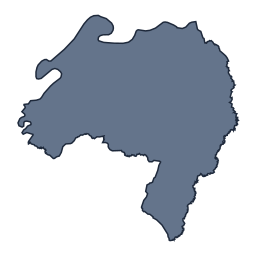 Warin Chamrap, Ubon Ratchathani, Thailand (Robinson projection)
{"feature_id": "78962969B43112408779315", "entity_name": "Warin Chamrap", "entity_type": "district", "adm_level": 2, "iso_a3": "THA", "parent_name": "Thailand", "parent_adm1": "Ubon Ratchathani", "projection": "robinson", "projection_center": [104.887, 15.092], "detail": "fine", "context": "isolated", "style": "filled", "palette": "slate", "viewbox_px": 256, "rotation_deg": 0, "n_neighbors": 0, "source": "geoboundaries", "source_scale": "gbopen_adm2", "svg_char_len": 5880}
<svg xmlns="http://www.w3.org/2000/svg" viewBox="0 0 256 256"><path d="M216.4,167.3L217.1,166.0L216.6,165.2L217.7,163.8L217.4,163.0L217.9,162.4L217.3,161.6L218.3,160.9L217.7,158.9L216.4,158.7L216.7,157.6L215.8,157.5L215.7,158.7L215.0,158.0L215.6,156.4L215.5,155.0L216.3,154.7L216.9,152.5L218.0,151.5L217.8,150.9L218.6,150.1L218.9,150.5L220.0,148.7L220.3,145.6L221.0,145.6L221.0,144.6L223.2,144.1L223.0,142.3L223.9,143.2L224.5,142.9L224.9,141.0L223.9,140.6L224.3,138.8L224.9,138.5L224.7,138.0L224.0,138.1L223.9,136.3L224.7,135.7L225.3,136.3L226.0,135.4L227.2,135.3L227.2,134.5L228.0,133.3L228.8,133.4L229.1,131.9L229.6,132.1L230.2,131.7L230.1,130.9L230.7,130.5L230.6,129.9L231.7,129.6L232.8,130.1L233.2,129.7L233.5,130.4L233.7,129.4L234.1,129.3L234.9,129.9L235.1,128.4L234.0,128.3L234.7,125.6L236.7,125.4L236.5,124.2L237.5,124.2L237.3,123.1L236.3,122.5L236.3,121.8L238.0,120.6L235.8,120.1L236.0,119.6L236.4,119.8L237.1,119.2L237.6,119.7L237.9,119.2L236.5,118.2L237.4,117.4L235.9,117.1L236.3,114.5L236.9,113.8L234.9,113.1L235.0,112.2L234.2,112.3L235.1,111.6L233.1,109.9L233.8,108.6L233.1,107.7L231.5,107.1L232.1,104.0L229.6,102.4L230.9,101.7L232.1,99.5L232.0,97.5L231.1,97.9L230.2,97.1L231.5,92.3L232.2,91.8L231.0,90.8L231.3,89.7L234.0,87.6L233.5,86.5L235.0,85.1L234.2,84.9L233.6,81.0L232.3,81.3L232.5,79.8L230.8,78.1L231.2,77.1L231.7,76.9L231.3,76.2L230.3,76.1L228.4,72.9L228.5,70.9L229.3,70.7L228.5,69.4L228.6,67.7L227.3,67.6L227.4,66.9L226.4,66.3L226.9,65.5L226.8,64.4L227.5,63.5L227.0,61.8L228.6,61.1L227.1,57.9L225.6,55.8L219.8,50.7L219.5,49.0L218.9,48.2L218.9,47.0L218.1,45.8L216.0,44.6L214.9,44.8L214.8,44.0L213.8,43.9L212.9,42.2L211.2,40.6L210.1,41.0L209.5,40.6L208.7,41.4L207.3,41.6L207.0,42.5L206.1,42.7L206.2,43.1L204.8,42.9L204.0,38.5L202.9,37.8L200.8,31.4L198.3,30.1L197.4,29.0L195.8,21.6L191.8,22.2L189.4,23.2L185.8,27.1L182.3,28.5L177.0,27.7L176.7,26.9L173.6,25.0L167.5,22.4L165.1,22.0L163.2,22.3L155.5,28.1L150.0,30.3L145.6,30.9L138.3,29.8L137.3,30.1L136.2,31.2L134.7,35.4L132.3,39.4L128.5,42.2L123.1,43.3L114.3,43.2L103.7,42.4L98.8,40.8L98.1,39.7L98.5,37.2L100.3,35.6L103.1,34.8L108.7,34.7L111.3,33.2L113.0,30.3L113.4,28.1L113.1,25.9L111.6,23.1L106.3,18.6L100.7,16.7L98.3,15.4L93.8,15.7L90.5,17.2L87.5,19.8L84.0,23.9L74.2,39.0L64.3,49.4L50.9,61.0L48.9,61.1L46.4,59.5L44.6,59.6L41.6,61.2L38.2,64.9L37.0,67.5L36.0,71.9L36.0,76.7L36.7,78.6L38.5,79.0L41.2,78.4L52.0,69.4L54.9,68.5L57.8,69.4L60.5,71.7L61.6,73.7L61.1,76.7L60.2,78.2L53.5,83.3L50.4,86.2L44.1,93.3L41.5,97.5L39.9,99.1L36.3,100.2L30.6,100.7L28.4,103.9L24.1,104.4L23.9,105.0L25.0,106.4L25.2,107.7L21.9,111.7L24.7,114.2L24.9,115.5L24.5,116.3L21.4,117.5L19.8,118.8L18.0,122.9L19.0,125.8L22.1,127.1L23.7,126.1L23.9,122.4L24.6,121.5L26.7,121.1L30.3,121.9L31.0,123.3L30.9,124.6L27.6,126.1L25.6,128.7L23.7,129.9L22.0,132.7L23.2,134.2L26.8,132.5L33.0,134.4L33.0,135.1L28.6,141.4L28.3,142.4L28.5,143.9L29.7,143.2L29.5,142.6L30.0,142.2L31.3,143.9L34.3,144.8L34.8,145.7L36.8,146.3L38.0,148.1L38.9,147.6L39.6,148.3L40.2,147.7L40.3,148.3L40.9,148.3L41.3,147.6L41.7,148.2L41.9,147.7L43.3,148.2L43.4,147.8L44.1,148.9L45.2,149.6L45.5,149.4L45.9,150.3L45.0,151.1L45.3,152.7L46.0,152.8L45.8,153.4L48.2,154.9L49.7,155.1L53.3,158.5L54.5,158.4L56.6,156.8L59.3,156.0L61.3,152.4L62.8,146.7L65.1,144.5L66.0,143.9L70.5,143.6L71.9,143.0L74.2,140.7L75.8,137.8L77.3,137.4L77.6,136.8L78.8,136.7L80.6,135.0L82.6,135.1L85.1,133.8L85.5,134.3L86.3,134.2L86.8,133.6L88.7,134.1L89.4,135.2L91.5,136.5L91.6,137.6L92.4,138.4L93.4,138.0L94.4,138.7L96.9,136.8L99.6,136.9L103.9,136.0L103.4,137.0L103.8,137.3L103.7,139.1L104.2,139.3L102.6,142.6L105.5,142.5L107.4,143.2L108.3,144.4L108.2,146.7L108.7,147.9L110.1,149.7L112.3,150.8L121.5,150.5L122.0,151.7L124.4,152.5L124.6,154.1L125.1,154.2L124.9,155.3L127.3,156.3L127.8,155.6L129.1,156.7L129.9,155.7L130.7,156.0L131.8,155.4L131.9,154.7L134.2,155.2L134.2,155.8L135.4,156.2L136.3,156.0L137.0,154.3L138.3,154.3L139.4,153.5L140.6,155.0L142.1,154.6L143.7,155.5L144.1,154.8L144.8,154.5L146.5,155.7L146.4,156.2L147.6,157.4L147.9,159.9L149.2,161.7L152.1,161.8L153.9,160.4L159.7,161.2L160.6,162.0L158.9,165.4L157.8,170.3L155.2,177.2L153.9,178.1L152.5,182.2L150.8,183.0L150.0,182.9L148.9,184.0L147.0,184.9L145.7,191.4L147.6,193.7L146.4,197.1L143.8,200.3L141.5,207.1L141.7,208.0L142.5,208.4L142.5,210.5L143.8,211.7L144.6,211.4L147.9,214.1L149.9,214.3L153.1,216.9L153.0,217.8L156.6,219.8L162.0,225.0L167.8,234.3L168.1,236.8L169.2,238.7L169.1,240.0L170.0,240.6L172.5,240.2L173.1,239.4L173.9,240.1L173.9,239.6L174.8,239.2L174.5,238.8L175.2,237.2L176.2,236.9L176.8,237.6L177.9,237.0L178.0,236.3L178.6,236.2L178.8,235.6L179.6,235.9L180.5,234.4L181.6,234.2L181.4,233.6L182.3,233.0L182.0,232.5L182.5,232.3L182.4,231.3L182.9,231.3L182.8,230.6L183.7,230.2L183.8,229.5L182.9,228.6L183.5,228.2L182.5,227.7L182.1,226.4L183.6,225.6L184.7,223.4L183.0,220.8L183.0,218.7L183.9,218.1L184.4,218.5L184.9,216.5L185.5,216.1L185.6,214.4L186.3,213.8L186.7,212.5L187.4,212.4L187.9,210.7L187.6,210.2L186.8,210.2L188.0,209.6L187.9,206.8L187.4,206.4L187.6,205.3L189.6,203.6L191.2,203.5L190.7,202.4L192.0,201.3L192.8,201.0L193.0,201.8L193.4,201.2L193.3,199.6L194.3,199.7L194.4,199.2L194.0,199.2L193.8,198.7L195.1,198.0L194.3,196.6L195.3,195.2L195.0,194.7L195.4,194.1L195.2,193.4L195.9,193.1L195.4,191.4L194.7,191.6L194.4,190.6L194.2,189.1L194.8,189.0L194.8,188.4L193.9,188.6L193.8,188.0L193.1,187.6L192.9,185.8L194.5,184.6L194.5,183.1L195.3,182.5L195.2,181.6L195.7,181.8L196.1,183.0L196.8,182.5L196.6,181.7L197.5,181.8L197.2,180.8L197.8,180.3L196.8,180.1L196.8,179.3L197.3,178.6L197.6,176.1L199.9,175.2L200.8,173.6L201.7,174.3L202.1,175.4L202.9,175.5L202.9,176.3L203.8,176.5L205.0,176.2L204.7,175.4L206.1,175.6L206.8,175.0L207.4,175.1L207.2,174.5L208.0,173.5L209.9,174.1L210.6,173.7L210.5,173.0L212.2,173.3L213.2,173.0L214.3,172.1L213.4,170.5L215.4,168.6L215.7,167.4L216.4,167.3Z" fill="#64748b" stroke="#1e293b" stroke-width="1.5"/></svg>